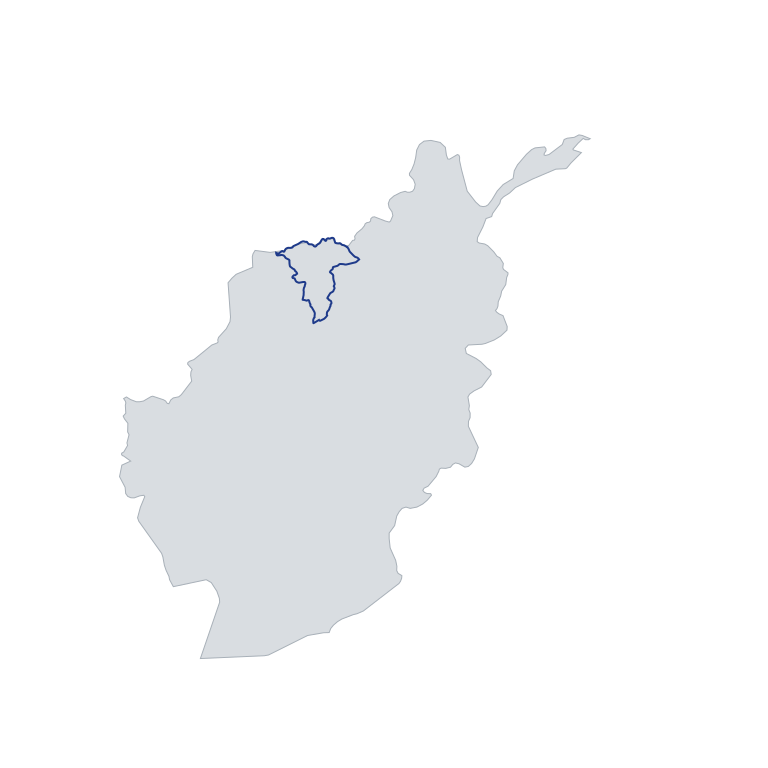 Balkh on a map of Afghanistan (Robinson projection), rotated 339°
{"feature_id": "AFG-1744", "entity_name": "Balkh", "entity_type": "Province", "adm_level": 1, "iso_a3": "AFG", "parent_name": "Afghanistan", "parent_adm1": "", "projection": "robinson", "projection_center": [66.961, 36.526], "detail": "fine", "context": "in_parent", "style": "outline", "palette": "blue", "viewbox_px": 768, "rotation_deg": 339, "n_neighbors": 0, "source": "natural_earth", "source_scale": "10m", "svg_char_len": 7932}
<svg xmlns="http://www.w3.org/2000/svg" viewBox="0 0 768 768"><g transform="rotate(339 384 384)"><path d="M338.8,223.6L352.6,222.4L361.9,224.1L366.8,228.7L371.6,229.9L376.3,227.7L379.2,227.3L380.4,228.7L382.7,229.3L386.3,229.1L388.4,230.4L388.9,233.2L391.5,236.7L396.3,241.0L400.6,242.1L406.2,238.7L408.0,239.1L409.0,238.0L409.5,235.6L412.9,233.3L419.1,231.2L422.5,229.2L423.8,227.7L425.9,227.2L428.1,227.7L429.8,227.1L431.0,224.9L433.1,224.1L435.0,224.5L443.6,232.3L446.9,234.7L448.4,234.3L452.6,230.0L453.2,226.1L452.0,221.1L452.7,217.0L455.5,213.9L460.6,212.0L468.1,211.2L472.8,211.7L474.5,213.3L476.8,214.2L479.7,214.3L482.4,212.5L484.7,208.7L484.8,203.9L482.6,198.3L483.2,196.5L486.9,193.7L490.9,189.4L494.7,184.0L498.4,177.3L502.9,173.2L508.4,171.6L515.1,173.4L523.0,178.6L526.1,185.0L524.3,192.6L524.2,196.8L525.8,197.6L534.7,196.1L535.9,197.2L535.9,199.3L534.6,202.5L533.2,211.5L530.8,233.8L534.8,247.0L537.4,252.2L540.1,253.9L542.8,254.5L545.4,254.0L550.8,250.7L558.9,244.4L566.7,240.5L578.2,238.4L582.0,231.7L587.2,227.2L599.3,220.6L605.8,218.1L609.6,217.7L618.9,220.2L619.5,222.2L618.9,224.3L616.3,226.1L615.5,227.5L616.6,228.5L620.3,228.9L636.3,224.3L639.8,220.3L643.2,220.2L650.0,221.9L655.3,221.3L658.1,223.0L664.4,228.9L662.5,229.2L659.6,228.1L658.0,226.1L651.6,228.7L644.5,232.4L644.6,233.3L651.2,238.7L637.9,244.6L632.0,247.9L630.5,248.0L621.4,245.0L596.2,245.9L577.1,247.7L569.7,250.7L562.7,252.1L559.2,253.7L556.8,256.9L546.4,263.8L544.5,266.3L538.6,266.1L532.6,272.8L523.8,280.8L522.0,284.5L523.4,286.5L528.2,289.4L530.4,292.1L533.8,299.8L535.3,305.3L537.4,307.7L538.6,314.2L536.6,317.9L536.6,319.8L539.6,324.7L538.9,326.2L536.7,328.5L533.3,334.8L527.1,339.5L524.5,343.6L520.1,348.2L518.3,352.1L516.4,354.2L514.4,355.3L515.0,357.4L516.7,360.0L519.6,362.8L519.6,374.5L518.1,377.8L510.2,381.0L502.6,382.4L493.2,382.5L489.7,382.0L476.7,377.8L472.6,379.8L471.8,385.0L479.2,393.3L482.3,398.0L485.8,405.8L488.3,409.8L487.5,413.5L474.1,421.8L465.6,422.7L460.3,424.1L457.7,426.2L455.9,434.9L454.0,438.2L454.0,442.0L452.3,446.3L449.5,449.1L447.6,453.7L449.3,477.0L441.6,486.3L437.3,489.6L433.2,491.2L429.7,490.6L425.4,485.3L422.4,483.3L419.4,483.7L416.3,485.5L411.4,484.9L407.2,483.0L405.2,483.3L403.9,485.1L399.5,489.1L388.5,495.2L384.1,495.6L382.1,497.2L382.9,499.7L384.9,501.7L388.3,503.1L388.5,504.8L382.9,507.9L377.2,509.9L370.6,510.7L363.9,509.5L360.4,506.8L356.3,506.6L352.5,508.6L348.6,511.8L343.2,520.0L335.4,525.0L333.4,530.2L331.0,539.3L331.7,552.8L330.7,558.8L329.0,562.7L329.3,565.8L332.0,569.3L330.9,571.6L328.7,574.1L326.5,575.6L283.4,588.5L276.4,588.8L272.7,588.3L260.5,588.3L255.5,589.2L250.4,591.0L246.6,593.2L243.7,596.4L238.6,594.6L222.5,591.4L179.0,595.6L174.9,594.8L114.2,574.5L152.4,528.8L153.5,525.0L153.7,517.5L151.6,507.5L147.9,503.0L114.7,497.7L113.7,489.9L114.3,486.5L113.8,479.8L114.0,474.6L115.6,466.1L115.7,462.3L105.9,424.3L106.0,420.6L112.3,411.9L120.3,403.4L119.9,401.8L116.0,400.9L110.0,400.8L106.9,399.5L104.5,397.1L103.6,393.7L105.3,387.6L103.9,375.7L110.2,365.8L119.9,365.2L115.1,357.9L114.1,357.1L113.7,355.9L114.3,354.6L116.7,354.2L122.6,349.5L122.9,346.9L127.8,340.0L127.5,336.9L130.8,328.9L129.2,323.5L129.0,320.5L132.5,318.7L134.9,311.1L136.2,309.2L136.4,307.4L135.7,304.3L138.9,303.8L141.8,307.7L146.5,311.9L149.5,313.0L153.3,313.7L161.9,312.3L163.7,312.5L172.5,319.7L174.0,321.6L174.7,324.4L176.1,325.3L179.2,322.5L182.2,321.5L187.9,322.4L191.0,321.3L205.5,312.4L206.6,306.7L208.1,303.5L210.1,301.6L207.8,295.0L208.6,293.7L210.5,293.1L215.3,293.1L237.2,285.9L242.9,285.9L244.2,285.3L244.6,283.3L246.2,281.2L256.6,275.9L262.6,270.6L264.7,266.5L274.7,233.6L280.0,230.7L285.3,228.6L303.3,228.0L306.7,217.9L308.4,215.5L311.5,213.1L324.8,220.3L338.8,223.6Z" fill="#d9dde1" stroke="#a8b0b8" stroke-width="1"/><path d="M389.4,230.9L389.1,233.9L389.1,234.6L389.6,235.2L390.5,235.8L391.5,236.3L393.2,236.7L393.8,237.3L394.2,238.1L394.8,239.1L395.2,239.4L396.1,239.9L396.5,240.2L397.8,241.8L398.0,242.2L398.2,242.6L398.4,243.0L398.7,243.2L398.9,243.2L398.9,243.3L399.3,245.2L399.4,247.9L399.5,248.3L401.6,253.2L402.6,255.0L402.9,255.3L403.5,255.7L404.3,256.4L404.8,257.1L405.1,257.7L405.4,258.8L402.2,260.0L401.1,260.2L393.4,259.2L391.5,258.9L390.6,258.6L390.1,258.3L389.9,258.1L388.7,257.4L386.5,256.4L385.9,256.2L385.3,256.2L384.7,256.4L383.6,256.8L383.0,257.0L378.6,256.6L378.1,256.8L377.5,258.0L377.1,258.4L375.4,258.9L374.6,259.3L374.2,259.6L373.9,260.0L373.7,260.1L373.7,260.3L373.7,260.5L373.8,260.6L374.4,261.5L375.5,263.6L375.5,263.9L375.5,264.5L374.6,266.9L374.1,269.2L374.0,271.3L373.8,273.0L373.6,273.3L373.3,273.6L372.7,274.1L372.3,274.5L372.2,274.8L372.1,275.0L372.3,275.4L372.3,275.7L372.3,276.0L372.2,276.6L372.1,277.0L371.8,277.3L371.0,278.0L370.3,278.7L370.0,279.1L369.6,279.3L369.1,279.5L367.0,279.8L366.3,280.0L362.6,282.8L361.9,283.5L361.9,283.8L362.0,284.0L362.4,284.3L362.5,284.4L362.5,284.5L362.6,285.2L362.6,285.3L362.7,285.6L363.0,286.0L364.1,287.4L364.2,287.8L364.2,288.2L364.1,289.1L363.9,289.6L363.7,290.0L362.8,290.5L362.5,290.8L362.4,291.1L362.2,291.6L362.1,291.9L361.8,292.1L361.4,292.5L360.8,293.1L359.4,294.8L358.5,295.4L357.1,296.1L356.7,296.5L356.4,296.8L355.8,298.0L355.6,298.4L355.5,298.8L355.5,299.2L355.5,299.7L353.6,300.8L353.0,301.1L352.4,301.3L352.1,301.4L351.8,301.6L351.4,301.7L347.2,302.1L346.9,302.0L346.7,301.9L346.6,301.7L346.4,301.2L346.2,301.0L346.2,300.9L340.6,301.9L340.0,301.9L339.9,301.7L340.7,299.2L341.1,298.5L341.4,298.2L341.7,297.8L342.1,297.5L342.2,297.3L342.8,297.1L343.1,296.9L343.4,295.9L344.5,293.8L344.8,292.9L344.8,292.3L344.8,291.5L344.1,286.9L344.0,286.4L343.4,285.5L343.3,284.9L343.4,284.3L343.4,284.1L343.5,283.9L343.8,283.5L343.8,283.4L343.9,283.2L343.7,282.7L343.7,282.4L343.7,280.6L343.8,280.4L343.9,280.0L343.9,279.8L343.9,279.5L343.8,278.9L343.7,278.7L343.1,278.5L342.1,278.5L341.5,278.4L341.3,278.2L339.7,277.0L338.5,276.4L338.3,276.2L338.4,275.8L338.5,275.6L339.0,275.0L340.2,273.1L340.5,272.7L340.9,272.0L341.0,271.8L341.2,271.2L342.1,269.3L342.2,268.9L342.4,267.9L342.5,267.7L342.6,267.4L343.3,266.2L343.7,265.6L343.9,265.4L344.8,264.6L345.1,264.2L345.5,263.4L346.0,262.9L346.2,262.7L346.7,261.8L346.7,261.6L346.8,261.3L346.8,261.2L346.7,260.7L346.4,260.3L346.2,260.2L345.1,259.8L340.9,259.0L340.0,258.3L339.1,257.4L338.7,256.7L338.5,256.0L338.4,253.5L337.9,253.0L337.5,252.8L336.8,252.3L336.7,251.9L336.7,251.6L337.0,251.1L337.4,250.8L338.7,250.3L338.8,250.2L339.0,250.2L339.2,250.3L340.0,250.6L340.5,250.6L341.4,250.1L341.6,250.0L342.2,249.9L342.4,249.9L342.5,249.6L342.5,249.2L342.2,247.8L342.0,247.3L341.6,246.8L341.5,246.3L341.4,245.9L341.5,245.7L341.5,245.4L341.4,245.1L341.2,244.7L340.2,243.6L339.2,241.9L338.6,241.0L338.4,240.2L338.6,239.1L338.9,237.8L339.7,235.4L339.8,235.2L340.0,234.8L340.0,234.5L339.7,233.7L337.9,231.8L337.4,231.1L337.3,230.9L337.1,230.2L337.1,229.9L337.1,229.7L337.0,229.4L336.9,229.3L336.8,229.0L336.6,228.5L336.4,228.1L336.1,227.8L335.7,227.5L334.4,226.7L334.0,226.6L333.4,226.6L331.0,225.9L330.6,225.8L330.5,225.7L330.4,225.6L330.3,225.4L330.2,225.3L330.2,225.0L330.1,224.7L330.2,223.2L330.3,222.9L330.5,223.1L331.2,223.7L331.9,224.3L333.0,224.3L335.6,223.5L336.6,223.4L336.9,223.6L337.5,224.4L338.0,224.6L338.4,224.6L338.7,224.3L339.3,223.7L340.0,223.1L340.7,222.7L341.4,222.5L342.4,222.4L343.3,222.5L345.9,223.6L346.4,223.6L347.4,223.7L347.8,223.5L348.6,222.9L349.0,222.8L354.0,222.5L357.6,221.7L359.5,221.8L360.2,222.1L361.7,223.2L362.5,223.4L363.0,223.8L363.6,225.8L364.0,226.6L364.8,227.0L366.5,227.7L367.3,228.4L367.7,229.2L367.9,230.0L368.4,230.7L369.3,231.1L370.1,230.9L371.6,230.0L372.6,229.8L373.5,229.7L374.4,229.5L375.1,229.1L375.9,228.5L377.2,227.3L377.9,226.8L378.7,226.6L379.6,227.0L380.3,228.9L380.9,229.5L381.4,229.3L381.7,228.9L381.9,228.4L382.1,228.2L382.5,228.1L383.3,227.9L383.7,227.9L384.2,228.0L385.0,228.6L385.4,228.8L385.9,228.9L387.3,228.8L388.1,229.0L388.8,229.4L389.2,230.0L389.4,230.9Z" fill="none" stroke="#1e3a8a" stroke-width="2"/></g></svg>